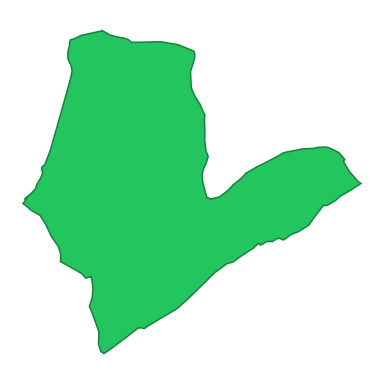 Al Quoz, South Kordufan, Sudan (Equal Earth projection)
{"feature_id": "16777658B4110492233788", "entity_name": "Al Quoz", "entity_type": "district", "adm_level": 2, "iso_a3": "SDN", "parent_name": "Sudan", "parent_adm1": "South Kordufan", "projection": "equal_earth", "projection_center": [29.964, 12.456], "detail": "fine", "context": "isolated", "style": "filled", "palette": "green", "viewbox_px": 384, "rotation_deg": 0, "n_neighbors": 0, "source": "geoboundaries", "source_scale": "gbopen_adm2", "svg_char_len": 2998}
<svg xmlns="http://www.w3.org/2000/svg" viewBox="0 0 384 384"><path d="M24.3,199.1L26.5,198.5L23.3,203.3L23.0,203.5L23.7,204.1L23.9,203.8L31.0,210.2L38.4,214.5L40.1,215.5L46.0,225.0L51.5,236.7L58.2,246.3L60.6,253.7L60.6,261.7L74.0,269.1L81.5,273.4L85.7,278.0L85.8,278.2L87.2,277.7L90.5,276.6L90.6,277.2L91.4,276.9L91.6,278.0L93.0,287.7L92.2,297.8L89.4,306.3L90.8,309.8L92.2,313.2L98.9,331.8L98.6,341.6L98.5,344.2L100.9,351.6L103.9,353.6L111.4,348.5L126.8,336.9L138.4,327.8L139.6,328.1L140.2,327.6L143.1,328.3L144.3,328.6L148.0,325.9L154.1,322.3L160.8,318.3L162.9,317.0L163.0,316.9L166.0,315.2L172.3,311.5L176.0,309.3L176.3,309.1L178.9,306.9L185.8,300.9L195.1,292.0L196.8,290.3L199.0,288.1L204.1,283.1L214.6,272.8L227.3,263.4L232.8,262.2L238.9,257.6L248.9,251.0L253.6,248.0L257.4,244.4L258.4,243.4L260.4,245.0L263.0,244.0L266.0,241.8L267.4,241.8L267.9,241.5L272.5,241.5L277.1,238.4L277.9,238.8L279.0,238.1L283.3,240.0L285.5,238.7L291.3,234.4L298.5,231.7L308.9,225.0L314.6,216.8L323.4,205.5L324.9,205.5L326.9,205.5L327.7,205.1L330.0,203.8L335.5,200.5L340.7,195.9L346.8,192.5L361.0,183.5L358.2,181.6L349.8,172.0L347.3,168.1L344.5,163.3L343.9,162.5L343.2,161.7L343.5,161.3L344.2,160.7L343.9,160.3L344.8,159.5L344.3,158.9L343.2,157.6L338.9,152.6L335.5,150.8L328.4,147.5L327.4,147.5L326.2,147.0L322.0,147.2L317.6,147.4L315.7,148.0L314.8,148.3L312.2,148.4L301.9,149.0L298.0,149.8L297.7,149.9L296.1,150.2L293.4,150.7L285.0,152.4L284.1,152.9L283.7,152.7L276.8,156.7L259.8,165.5L256.1,167.1L254.7,168.1L253.0,169.1L246.1,173.1L241.8,177.8L232.8,185.2L230.7,187.5L228.7,189.6L226.3,191.7L219.2,197.0L210.7,199.0L206.7,197.2L202.6,181.4L202.5,180.8L202.5,180.3L202.3,174.3L202.6,172.4L203.1,169.8L206.2,163.3L208.2,156.4L208.0,155.9L205.9,150.8L205.8,149.9L205.7,149.0L204.7,140.4L204.8,137.1L204.9,131.4L204.5,120.6L204.6,118.9L204.8,114.6L204.6,114.4L203.7,112.8L203.7,112.4L202.1,109.1L202.0,108.9L201.9,108.8L201.2,107.2L199.7,103.6L198.1,101.6L197.8,100.9L197.4,100.1L195.4,97.2L192.6,91.1L192.1,90.1L191.3,86.9L191.2,86.3L191.2,85.0L190.9,80.1L190.5,71.8L192.0,66.8L192.1,66.6L193.0,63.7L193.1,63.3L194.2,59.8L194.8,56.6L194.7,54.1L194.7,53.4L193.7,51.1L191.5,50.2L187.4,48.4L187.0,48.3L178.0,44.7L170.5,43.4L169.4,43.2L165.2,42.5L162.3,42.0L161.1,41.8L159.4,41.8L152.6,41.9L135.6,42.3L132.8,42.3L131.7,42.3L129.7,40.7L128.1,39.5L125.0,38.4L122.5,37.9L122.0,37.9L120.9,37.6L118.9,37.2L118.1,37.1L110.7,35.2L109.9,35.0L109.3,34.7L108.0,33.9L107.7,33.7L102.1,30.4L101.7,31.2L100.3,31.2L85.9,34.3L81.2,35.3L74.0,38.9L72.7,39.2L70.4,39.9L69.5,42.7L69.5,45.4L68.1,50.7L67.8,55.1L67.7,56.7L68.2,59.0L68.4,59.7L69.3,62.3L69.5,62.5L70.8,64.8L71.0,65.5L71.4,67.2L72.1,71.0L71.3,75.0L70.9,77.2L70.8,77.6L66.1,94.8L65.9,95.3L65.3,97.4L60.0,116.3L56.6,128.2L52.5,142.5L50.3,150.4L44.8,164.5L42.0,166.9L41.6,169.1L42.5,172.5L42.3,173.5L42.2,174.6L39.9,179.4L37.4,183.4L36.6,185.1L36.3,186.4L35.6,188.7L31.1,193.5L28.2,195.8L26.3,197.3L26.2,197.6L24.3,199.1Z" fill="#22c55e" stroke="#15803d" stroke-width="1.5"/></svg>